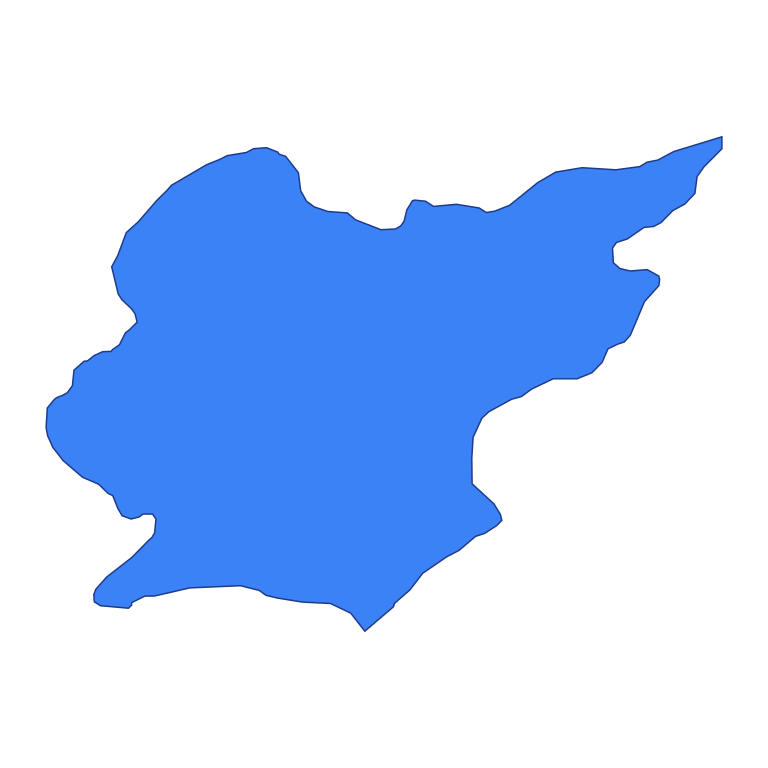 the district of Olopa, Chiquimula, Guatemala
{"feature_id": "79465075B46690826995670", "entity_name": "Olopa", "entity_type": "district", "adm_level": 2, "iso_a3": "GTM", "parent_name": "Guatemala", "parent_adm1": "Chiquimula", "projection": "albers", "projection_center": [-89.316, 14.697], "detail": "fine", "context": "isolated", "style": "filled", "palette": "blue", "viewbox_px": 768, "rotation_deg": 0, "n_neighbors": 0, "source": "geoboundaries", "source_scale": "gbopen_adm2", "svg_char_len": 1996}
<svg xmlns="http://www.w3.org/2000/svg" viewBox="0 0 768 768"><path d="M721.9,136.8L673.9,151.5L657.7,160.1L647.0,162.2L639.8,166.6L615.9,169.8L582.1,167.7L555.7,172.1L537.6,182.7L509.6,205.3L494.6,211.2L486.2,212.5L479.2,208.0L456.4,204.3L433.5,206.4L425.5,201.2L414.6,200.1L412.5,200.7L406.8,209.9L404.1,221.2L400.7,226.0L395.4,229.0L380.9,229.7L355.7,219.9L347.3,212.9L327.9,211.5L314.2,206.9L309.2,203.1L306.6,201.3L300.7,190.8L298.4,172.7L285.6,156.3L279.1,154.2L277.8,152.1L266.5,147.7L253.5,148.7L246.4,152.5L227.3,155.6L219.8,159.4L206.6,164.7L171.4,185.3L167.0,190.4L157.0,200.2L138.2,221.9L126.3,232.6L117.9,255.2L111.7,266.8L118.2,294.0L121.9,299.7L131.6,308.9L135.1,313.9L137.1,322.2L129.6,329.6L125.3,333.0L119.5,344.7L112.5,349.6L111.2,351.4L102.6,351.7L94.1,355.6L87.5,360.9L84.0,361.3L74.0,370.2L72.4,385.7L67.5,392.6L61.6,395.8L58.8,396.7L56.0,398.1L53.8,400.0L47.3,408.0L46.1,427.6L47.7,435.9L52.9,447.5L63.1,460.6L82.6,477.3L98.6,484.2L108.3,493.6L112.7,495.5L118.1,509.0L122.2,515.8L131.1,519.0L139.3,516.9L143.0,514.0L152.6,514.1L156.0,519.1L154.6,532.9L152.0,537.4L148.5,540.5L131.8,557.5L106.7,577.0L95.8,589.3L93.8,594.6L94.3,601.8L100.4,605.7L128.4,608.2L131.6,605.2L131.6,602.8L135.5,600.7L144.8,596.1L154.5,596.0L189.8,587.9L240.5,585.7L259.2,590.4L266.0,595.3L277.5,598.1L302.7,602.1L330.5,603.5L350.8,613.2L364.8,631.2L393.3,606.9L394.6,603.3L409.8,590.0L422.8,573.2L446.2,557.1L459.1,550.3L475.5,536.4L484.6,533.4L496.8,525.5L501.8,520.4L500.4,514.4L494.0,504.0L472.1,483.8L471.8,458.2L473.1,437.3L481.9,418.1L489.0,411.6L511.5,399.3L521.5,396.5L531.7,389.0L553.1,378.8L577.0,378.8L592.0,372.7L602.1,362.4L608.0,348.8L617.8,344.1L624.3,342.0L630.4,335.1L644.5,301.6L658.9,285.6L659.6,279.5L658.8,276.1L647.2,269.6L630.3,271.0L619.9,268.5L613.4,262.8L612.5,248.2L616.4,242.5L627.4,238.9L644.0,227.4L653.6,226.5L661.1,222.5L672.9,210.5L684.9,204.0L694.9,193.4L697.1,176.6L703.9,166.9L721.9,148.8L721.9,136.8Z" fill="#3b82f6" stroke="#1e3a8a" stroke-width="1.5"/></svg>